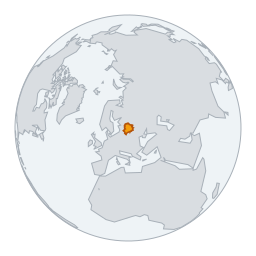 the Earth from above Belarus, rotated 324°
{"feature_id": "BLR", "entity_name": "Belarus", "entity_type": "country or territory", "adm_level": 0, "iso_a3": "BLR", "parent_name": "Europe", "parent_adm1": "", "projection": "orthographic", "projection_center": [28.129, 53.705], "detail": "fine", "context": "on_globe", "style": "filled", "palette": "amber", "viewbox_px": 256, "rotation_deg": 324, "n_neighbors": 0, "source": "natural_earth", "source_scale": "50m", "svg_char_len": 12440}
<svg xmlns="http://www.w3.org/2000/svg" viewBox="0 0 256 256"><g transform="rotate(324 128 128)"><circle cx="128" cy="128" r="113" fill="#eef3f6" stroke="#a8b0b8"/><path d="M65.7,34.1L70.3,31.3L67.5,33.0L70.6,31.1L74.4,29.0L79.9,26.2L88.4,23.4L93.7,24.5L90.5,25.3L92.1,25.6L96.3,24.7L98.6,24.1L109.8,25.7L123.5,25.7L127.8,24.2L126.8,25.9L135.2,22.3L142.7,22.3L134.2,23.3L133.2,24.2L138.3,24.6L138.4,25.6L140.9,26.5L140.6,27.8L135.7,28.5L135.4,29.5L139.0,29.7L141.0,31.3L135.8,30.8L138.7,33.7L131.0,35.9L117.3,34.3L112.9,37.4L98.5,40.9L99.7,42.0L95.0,44.3L94.6,46.5L92.1,46.8L94.0,48.4L96.4,47.8L98.1,48.3L98.1,49.6L94.8,50.1L94.3,49.5L93.4,50.3L91.7,50.0L92.6,50.9L88.6,51.4L92.5,52.9L89.3,54.9L86.7,54.8L87.0,52.2L81.7,46.1L79.2,45.5L75.2,47.0L67.7,55.2L64.8,55.8L60.9,58.4L62.4,59.2L66.0,57.4L67.9,59.7L72.1,57.5L73.5,58.2L77.8,57.2L77.0,60.2L74.0,63.7L70.4,64.8L69.0,66.5L72.3,67.9L65.6,72.6L61.0,80.3L59.3,81.4L56.0,78.6L56.2,72.2L51.9,69.4L54.6,74.2L50.2,77.0L49.4,78.8L49.6,80.5L51.2,80.7L49.7,82.4L46.5,78.1L47.8,76.4L48.8,77.8L48.9,74.9L46.7,72.3L44.7,74.1L43.5,69.0L42.1,70.4L41.0,70.1L43.4,68.3L39.0,71.5L37.4,67.4L31.4,73.5L37.4,65.5L39.6,61.8L41.8,58.0L40.8,58.9L45.0,53.2L46.6,50.5L44.2,52.7L50.9,45.9L58.0,39.7L65.7,34.1ZM35.3,64.0L35.5,63.8L33.2,67.6L32.0,69.0L35.3,64.0ZM27.2,77.7L26.9,78.3L27.2,77.7ZM20.3,95.0L19.6,98.4L18.4,102.2L19.0,101.5L17.9,106.0L17.3,115.6L17.1,115.7L16.4,128.5L17.6,139.7L17.8,144.7L17.5,145.3L18.4,149.1L18.4,150.3L23.6,165.2L27.8,174.9L28.6,178.8L27.1,177.9L27.9,179.6L24.5,172.4L21.6,165.0L19.3,157.5L17.5,149.7L16.2,141.9L15.5,134.0L15.4,126.1L15.8,118.2L16.7,110.4L18.3,102.6L20.3,95.0ZM29.9,75.0L24.8,86.7L26.1,82.0L26.1,82.4L27.8,79.0L30.3,73.8L31.9,70.1L29.9,75.0ZM31.1,75.9L31.9,74.1L31.4,75.6L31.1,75.9ZM99.6,23.7L96.3,24.6L92.6,25.1L95.2,24.2L99.6,23.7ZM106.8,23.4L105.3,24.0L103.6,23.3L105.0,23.1L106.8,23.4ZM131.0,23.0L128.3,23.1L130.8,22.7L131.0,23.0ZM141.3,26.4L142.0,26.1L143.0,26.7L141.3,26.4ZM77.9,55.6L77.8,56.4L77.0,56.2L77.9,55.6ZM79.8,54.5L79.0,53.7L79.7,53.1L80.2,53.6L79.8,54.5ZM143.5,29.3L144.9,30.5L142.6,29.4L143.5,29.3ZM80.6,55.6L81.2,52.1L82.6,51.0L85.7,52.0L80.6,55.6ZM145.2,31.2L148.6,34.2L150.5,33.7L147.1,37.0L145.3,33.3L142.2,32.0L144.5,32.0L145.2,31.2ZM97.2,47.0L94.6,47.7L96.7,46.0L97.2,47.0ZM98.1,45.8L102.3,40.0L106.1,39.7L103.9,41.6L108.9,40.5L108.7,43.2L105.9,44.5L103.5,44.0L105.3,45.4L98.1,45.8ZM144.6,38.5L144.7,39.4L143.7,38.6L144.6,38.5ZM98.9,48.4L99.4,47.2L102.8,46.9L102.4,49.2L101.4,48.6L98.9,48.4ZM110.3,39.0L112.7,39.2L113.2,41.5L114.2,41.9L109.0,43.3L110.3,39.0ZM100.7,49.3L102.1,50.5L100.5,51.9L98.6,49.6L100.7,49.3ZM103.8,45.8L105.4,45.8L104.4,46.6L103.8,45.8ZM95.8,57.6L96.3,56.1L98.1,55.7L95.8,57.6ZM102.7,50.8L103.2,50.4L104.0,50.1L104.6,51.2L102.7,50.8ZM109.7,44.8L109.4,45.8L111.9,44.4L112.3,46.1L108.8,46.7L110.5,47.2L110.7,47.7L107.6,47.7L109.7,44.8ZM107.5,51.5L103.1,53.1L101.8,56.0L100.1,56.3L102.6,51.6L107.5,51.5ZM107.8,49.2L107.2,50.7L105.5,50.3L104.9,49.1L107.8,49.2ZM113.9,47.1L114.1,44.3L114.9,44.2L113.9,47.1ZM107.4,52.4L108.5,52.0L107.5,52.6L107.4,52.4ZM112.3,48.8L112.3,47.7L113.2,47.7L112.3,48.8ZM110.6,52.1L109.2,52.6L108.7,51.7L110.6,52.1ZM111.7,50.6L112.9,50.9L109.4,51.1L111.5,50.1L111.7,50.6ZM113.2,48.9L113.7,48.6L113.0,49.3L113.2,48.9ZM113.3,55.1L109.0,55.7L107.9,53.8L112.2,53.4L113.3,55.1ZM56.4,189.2L50.0,172.3L53.3,169.1L54.0,162.6L76.8,150.1L81.5,153.7L99.4,155.9L101.6,157.4L99.4,162.8L112.7,171.8L117.1,167.6L129.3,171.7L137.5,171.2L140.6,160.3L127.2,161.0L125.0,155.7L135.9,150.5L147.6,149.9L147.1,147.8L139.8,143.9L142.6,139.5L137.3,142.1L139.3,144.2L136.1,146.0L134.0,144.2L135.0,142.7L131.5,141.9L127.3,149.7L129.0,152.7L119.8,153.9L121.6,159.0L119.1,161.1L115.0,153.4L115.4,150.6L107.7,141.5L106.3,144.4L113.6,153.4L111.3,152.5L109.5,156.9L109.0,152.9L101.5,142.7L93.2,142.6L82.5,151.1L77.7,150.1L73.7,146.0L77.8,135.1L88.1,138.5L89.7,135.0L87.8,128.3L91.1,130.0L91.6,127.8L95.5,128.8L101.1,124.7L105.1,125.1L107.5,118.5L109.9,117.8L107.8,121.9L108.4,125.0L118.3,126.0L120.3,124.7L121.1,120.4L123.7,121.4L123.2,117.1L129.0,115.6L121.5,113.9L122.2,109.2L125.7,105.7L124.6,103.9L118.8,109.6L117.7,112.2L118.9,114.9L114.7,122.1L111.2,122.9L110.5,114.5L105.6,114.8L107.2,108.4L122.0,96.4L128.0,94.2L137.7,100.3L136.2,103.4L131.9,102.7L135.7,107.7L135.4,105.2L137.6,106.1L138.8,102.0L140.5,102.5L138.9,97.9L141.0,98.0L141.9,100.9L145.5,95.3L150.0,94.6L150.0,93.2L148.8,91.8L155.2,91.9L155.0,90.9L152.8,90.4L150.8,88.0L149.9,84.0L152.2,84.2L152.8,85.7L157.6,89.4L158.9,93.5L159.8,93.3L159.1,89.8L153.3,85.2L152.1,82.7L155.1,84.4L153.9,83.6L154.1,82.5L156.3,81.6L153.1,79.6L151.3,67.5L155.5,64.9L158.4,67.6L159.5,60.1L164.1,58.2L162.1,57.7L161.2,54.1L159.8,54.6L158.7,54.1L155.9,45.5L157.0,43.9L153.5,40.1L152.5,39.9L151.4,40.8L147.1,37.0L150.5,33.7L152.7,34.3L153.3,32.0L158.3,33.8L162.6,34.3L167.7,37.9L170.7,38.2L170.6,37.3L174.7,37.2L183.3,40.5L176.8,41.7L163.8,38.6L169.2,40.1L168.1,41.0L170.1,42.4L173.8,43.5L174.2,42.8L180.9,51.8L190.2,58.2L189.2,54.2L191.4,53.3L201.1,58.2L213.4,74.0L216.5,73.8L218.5,75.6L220.0,79.5L217.0,77.0L216.0,78.7L214.2,76.8L215.6,82.5L212.9,80.1L215.3,86.0L217.4,86.5L217.2,82.1L220.4,88.5L223.6,87.9L227.1,91.5L231.8,105.4L232.0,114.5L232.7,116.2L231.2,117.4L231.6,123.6L236.3,126.0L237.0,128.3L236.5,138.2L236.1,136.7L232.2,139.9L233.2,146.3L236.2,145.2L237.3,148.3L235.7,150.9L234.4,148.4L233.0,149.4L232.2,144.3L228.6,139.7L226.9,145.0L225.9,142.0L220.8,139.8L217.7,147.3L213.6,163.3L215.0,171.3L212.7,177.3L205.1,170.9L201.5,164.0L198.9,166.9L191.0,163.8L177.6,170.4L175.6,168.7L173.1,170.9L167.5,170.5L164.5,167.3L161.1,168.7L169.3,176.8L172.9,175.3L175.7,170.0L177.3,173.2L182.7,174.2L177.1,185.4L157.1,198.8L155.0,192.9L139.3,176.2L139.7,173.9L139.6,173.6L139.4,173.2L138.1,177.1L135.3,173.3L143.9,186.2L145.3,191.6L156.8,199.3L155.8,200.5L159.4,201.5L171.0,195.9L171.1,197.9L165.7,208.4L149.6,222.2L151.7,227.6L150.4,231.8L140.3,235.4L141.1,237.4L135.9,238.5L135.5,239.3L131.2,240.1L124.2,240.5L112.2,239.5L111.5,239.1L105.6,237.1L97.4,230.5L100.4,227.9L99.4,224.7L90.7,214.9L92.6,210.5L90.3,207.7L85.5,206.8L82.8,203.3L79.9,202.2L61.8,196.1L56.4,189.2ZM68.9,159.5L68.2,161.4L68.9,159.5ZM160.1,154.5L167.0,152.8L163.7,146.7L166.1,145.6L164.1,144.0L163.4,146.3L158.5,141.6L161.4,138.6L160.4,135.7L158.1,136.1L153.5,142.4L160.6,149.0L159.1,152.4L160.1,154.5ZM17.3,115.8L17.1,117.8L17.1,116.2L17.3,115.8ZM25.5,82.7L24.8,84.6L24.1,86.1L24.5,84.9L25.5,82.7ZM21.6,99.0L21.2,101.5L21.3,99.5L21.6,99.0ZM24.2,88.5L21.9,97.1L22.1,93.5L23.7,88.2L23.1,91.0L24.2,88.5ZM29.8,76.8L29.2,78.2L28.8,78.4L29.8,76.8ZM30.8,77.0L30.9,76.6L31.5,75.5L30.8,77.0ZM50.4,77.2L50.6,77.6L50.4,79.5L49.7,79.0L50.4,77.2ZM54.1,86.5L51.6,89.0L52.9,86.7L51.5,86.3L52.6,81.1L58.5,81.6L55.6,82.2L54.1,86.5ZM55.6,74.6L54.3,77.7L55.5,74.3L55.6,74.6ZM90.4,115.4L91.7,117.4L90.1,119.7L85.0,119.7L87.3,116.4L90.4,115.4ZM93.8,119.8L94.5,111.7L97.7,111.5L95.8,112.9L97.8,113.6L95.3,116.2L97.6,124.1L96.4,126.7L87.7,125.1L91.3,124.1L89.8,122.1L93.8,119.8ZM90.8,93.1L91.1,90.1L97.5,93.6L96.5,96.0L91.4,96.1L89.6,93.2L90.8,93.1ZM86.0,58.4L85.7,57.4L86.6,57.2L87.6,57.9L86.0,58.4ZM95.9,56.9L88.1,62.8L87.4,61.9L83.7,66.7L80.4,66.2L82.9,63.1L77.6,66.4L78.5,63.4L75.1,66.0L81.1,59.0L81.7,56.6L82.2,59.5L85.3,59.9L86.8,59.4L91.5,56.2L94.3,51.5L97.7,51.4L99.4,52.6L99.3,53.7L97.1,53.4L98.5,55.1L95.2,55.5L95.9,56.9ZM117.2,69.4L114.8,68.1L117.0,72.6L113.7,72.6L114.1,73.1L111.7,74.5L109.6,77.1L108.1,76.7L107.9,77.9L106.3,78.9L105.5,80.4L102.6,80.3L101.4,82.2L100.7,81.1L99.5,84.5L99.1,81.9L97.0,83.1L98.5,84.9L84.6,81.5L79.1,82.4L74.7,84.6L74.7,80.2L78.8,75.4L84.7,71.4L90.1,71.3L89.1,69.5L91.3,68.9L91.2,70.6L92.7,67.7L94.6,67.8L99.9,64.7L101.0,60.8L103.0,59.7L103.5,61.2L105.1,59.0L107.3,61.3L108.8,60.6L112.4,62.3L112.4,66.0L114.0,64.9L116.9,66.3L117.2,69.4ZM114.2,55.6L115.0,59.8L113.5,61.9L107.8,58.1L106.2,58.4L102.5,56.3L104.7,53.3L105.5,54.2L106.8,54.3L105.6,55.2L107.6,54.6L108.9,55.9L110.7,55.8L110.5,57.1L114.2,55.6ZM104.2,155.6L106.0,156.2L108.7,156.3L107.6,159.2L104.2,155.6ZM98.9,148.7L100.5,148.7L100.4,152.6L98.6,152.1L98.9,148.7ZM101.5,145.4L100.6,148.4L100.1,146.5L101.5,145.4ZM109.2,121.6L110.9,121.4L111.1,122.4L110.1,123.8L109.2,121.6ZM123.1,83.4L121.9,82.1L122.4,81.6L121.9,77.9L124.2,77.7L125.5,79.8L123.1,83.4ZM138.3,162.4L135.8,164.7L134.6,163.7L135.7,163.1L138.3,162.4ZM120.9,162.6L124.8,164.1L120.6,163.4L120.9,162.6ZM125.6,82.6L125.1,81.1L126.6,81.9L125.6,82.6ZM126.0,77.4L127.8,78.0L124.5,77.3L126.0,77.4ZM169.3,226.5L161.2,234.0L156.0,235.3L155.2,234.3L158.4,230.3L164.5,227.6L167.6,224.8L169.3,226.5ZM237.8,153.1L237.1,155.9L237.6,153.7L238.7,148.9L237.8,153.1ZM237.5,154.1L235.7,157.4L231.3,156.7L233.0,153.8L237.2,150.3L236.9,151.9L238.0,150.4L237.5,154.1ZM240.0,140.0L239.8,141.6L239.4,143.9L239.2,142.0L239.3,139.0L239.8,136.8L239.8,121.5L240.1,120.1L240.4,125.5L240.6,125.6L240.6,128.5L240.0,140.0ZM215.5,171.7L218.0,174.1L216.5,176.4L215.5,171.7ZM238.7,113.4L239.4,119.8L238.4,112.7L238.7,113.4ZM237.4,107.8L237.9,109.1L237.5,109.1L237.4,107.8ZM233.7,118.3L233.4,121.0L232.8,120.0L232.9,116.0L233.7,118.3ZM229.7,94.7L231.7,97.7L232.4,99.2L231.2,98.5L229.7,94.7ZM145.2,79.8L143.4,85.0L143.6,88.9L146.3,91.2L141.8,90.3L141.4,84.3L145.2,79.8ZM150.3,68.9L148.0,67.1L149.5,66.5L150.2,66.9L150.3,68.9ZM148.6,68.8L144.8,69.2L143.9,67.3L147.0,67.3L148.6,68.8ZM135.2,75.7L134.5,77.2L133.3,76.4L135.2,75.7ZM239.2,110.1L239.1,110.3L239.5,113.7L238.1,105.4L238.6,106.5L239.2,110.1ZM238.3,107.0L238.7,110.1L237.9,105.8L238.3,107.0ZM238.5,109.9L238.0,108.4L237.9,106.9L238.5,109.9ZM238.1,105.9L237.1,102.6L237.6,103.4L238.1,105.9ZM236.5,105.4L237.4,104.3L237.3,108.2L234.7,103.0L234.6,100.7L236.5,105.4ZM219.6,72.3L218.2,71.5L217.4,69.2L218.6,70.5L219.6,72.3ZM213.3,61.7L216.7,68.4L219.2,74.1L219.6,73.3L222.2,76.7L220.3,76.6L216.9,70.8L215.4,67.0L212.9,64.6L210.5,60.8L207.5,59.1L205.7,57.0L207.9,57.5L213.3,61.7ZM206.2,58.5L200.1,54.7L199.6,51.7L200.8,51.9L203.8,54.8L204.0,56.2L206.2,58.5ZM198.5,53.0L198.6,54.3L189.7,52.9L187.7,51.9L194.2,51.1L194.5,52.4L196.8,53.4L198.5,53.0ZM145.9,39.3L144.8,39.4L145.4,38.7L145.9,39.3ZM157.9,54.5L156.6,53.7L157.4,52.9L157.9,54.5ZM153.4,51.2L153.5,52.6L152.4,51.0L153.4,51.2ZM153.8,56.0L153.0,53.2L155.1,56.1L153.8,56.0Z" fill="#d9dde1" stroke="#a8b0b8" stroke-width="1"/><path d="M132.4,131.0L132.2,131.0L131.9,131.1L131.7,131.2L131.4,131.2L131.3,131.4L131.2,131.5L131.1,131.8L130.9,132.1L131.0,132.2L131.0,132.3L131.0,132.5L130.9,132.7L130.7,132.6L130.6,132.4L130.4,132.3L130.2,132.4L129.9,132.4L129.7,132.4L129.6,132.5L129.4,132.5L129.3,132.3L129.3,132.2L129.2,132.1L128.9,132.3L128.7,132.5L128.6,132.4L128.6,132.2L128.4,132.2L128.2,132.2L127.9,132.2L127.7,132.2L127.6,132.3L127.4,132.4L127.5,132.2L127.4,132.1L127.2,132.1L126.8,131.8L126.7,131.8L126.4,131.8L126.1,131.7L125.9,131.6L125.7,131.6L125.3,131.5L125.2,131.5L124.9,131.4L124.5,131.4L124.3,131.4L124.2,131.4L124.0,131.5L123.8,131.5L123.7,131.5L123.4,131.5L123.1,131.9L122.9,132.0L122.8,131.9L122.7,131.9L122.5,132.1L122.4,131.9L122.4,131.7L122.5,131.6L122.5,131.4L122.6,131.2L122.4,130.9L122.2,130.7L122.2,130.3L122.4,130.2L122.9,129.9L123.0,129.8L123.0,129.7L123.0,129.4L123.0,129.2L122.9,128.7L122.7,128.0L122.6,127.4L122.9,127.4L123.1,127.4L123.3,127.4L123.5,127.5L123.8,127.4L124.1,127.4L124.2,127.1L124.5,127.1L124.6,126.9L124.8,126.9L125.0,126.8L125.0,127.0L125.3,127.1L125.3,126.9L125.2,126.8L125.0,126.7L125.2,126.3L125.3,126.3L125.3,126.2L125.3,125.7L125.6,125.5L125.8,125.4L125.9,125.2L126.3,125.2L126.5,124.9L126.4,124.8L126.2,124.8L126.1,124.7L126.3,124.4L126.3,124.2L126.5,124.1L126.7,123.8L126.8,123.8L127.1,123.9L127.3,123.9L127.5,123.7L127.7,123.3L127.9,123.2L128.0,123.2L128.2,123.4L128.3,123.3L128.5,123.3L128.6,123.5L128.9,123.5L129.0,123.4L129.3,123.5L129.4,123.8L129.4,124.0L129.5,124.1L129.7,123.9L129.8,123.9L130.0,123.8L130.3,123.8L130.6,123.9L130.7,124.0L130.8,124.1L131.0,124.2L131.1,124.3L131.1,124.6L131.0,124.8L131.1,125.0L131.2,125.3L131.1,125.5L131.0,125.8L131.2,126.0L131.4,126.1L131.4,126.3L131.5,126.5L131.6,126.8L131.8,126.9L132.0,127.1L132.3,127.2L132.3,127.3L132.2,127.6L132.3,127.7L132.5,127.7L133.0,127.9L133.0,128.0L133.3,128.3L133.4,128.5L133.2,128.6L133.1,128.8L132.9,129.0L132.7,129.1L132.4,129.1L132.3,128.9L132.2,128.9L131.9,128.9L131.8,129.0L131.7,129.2L131.7,129.3L131.8,129.4L131.9,129.6L132.0,129.7L132.1,129.8L132.1,130.0L132.1,130.4L132.1,130.6L132.3,130.8L132.4,131.0L132.4,131.0Z" fill="#f59e0b" stroke="#b45309" stroke-width="1.5"/></g></svg>